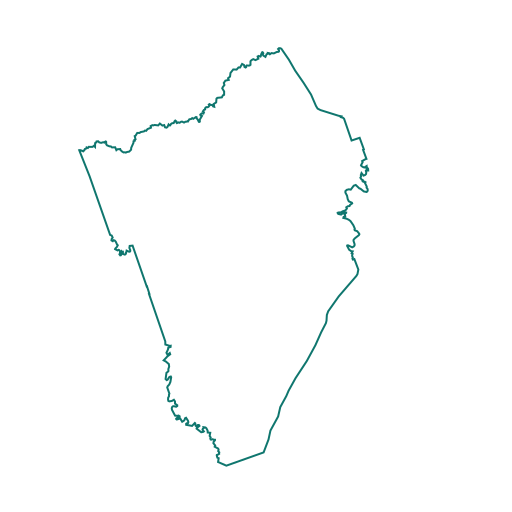 the district of Hume, Victoria, Australia, rotated 242°
{"feature_id": "25037944B10619545343998", "entity_name": "Hume", "entity_type": "district", "adm_level": 2, "iso_a3": "AUS", "parent_name": "Australia", "parent_adm1": "Victoria", "projection": "natural_earth1", "projection_center": [144.895, -37.597], "detail": "fine", "context": "isolated", "style": "outline", "palette": "teal", "viewbox_px": 512, "rotation_deg": 242, "n_neighbors": 0, "source": "geoboundaries", "source_scale": "gbopen_adm2", "svg_char_len": 6153}
<svg xmlns="http://www.w3.org/2000/svg" viewBox="0 0 512 512"><g transform="rotate(242 256 256)"><path d="M339.2,397.0L341.1,394.7L354.6,381.4L357.2,379.6L360.3,379.4L372.7,380.4L386.7,379.3L401.3,377.6L413.9,377.2L427.1,375.7L428.1,374.9L428.7,373.8L428.4,372.7L426.9,372.9L425.9,372.4L425.7,371.8L426.4,370.1L426.5,366.9L427.9,364.9L427.6,362.9L428.5,362.5L429.0,362.7L429.7,361.8L429.0,361.6L429.2,360.1L427.4,357.8L429.5,356.6L431.2,356.5L431.4,357.5L431.9,357.7L432.9,357.5L433.0,357.1L431.8,355.4L430.0,353.8L430.0,353.4L431.4,352.3L431.4,351.1L429.1,350.7L429.2,347.5L431.1,346.0L431.1,344.6L430.8,343.0L430.3,342.4L427.4,340.9L427.2,339.9L427.5,339.0L428.6,337.2L428.1,336.1L427.4,335.9L427.3,335.3L428.3,334.6L430.2,335.1L432.1,333.9L429.9,330.4L430.7,329.1L429.7,326.4L431.4,323.5L429.6,319.4L426.6,317.3L426.1,314.8L424.3,314.6L425.2,311.3L423.9,308.8L421.8,308.4L420.7,305.9L419.9,304.9L416.2,305.1L413.3,303.5L413.4,302.2L412.1,300.3L413.8,296.1L413.5,295.0L410.3,292.9L410.1,290.0L407.4,289.2L408.2,288.4L409.8,288.3L410.5,287.2L412.0,286.2L411.8,285.4L410.7,285.6L410.0,284.1L410.1,283.0L410.8,282.0L410.6,281.0L410.3,280.4L409.3,279.9L409.4,278.5L408.6,277.0L407.3,277.5L406.4,276.4L407.4,275.0L407.0,273.2L406.1,273.0L405.0,274.0L402.7,270.2L401.3,269.7L400.9,269.1L401.3,268.5L404.1,268.6L405.3,268.2L406.5,268.7L406.9,268.3L406.6,265.0L407.7,264.4L407.4,263.1L408.0,261.3L406.8,259.2L407.2,259.0L407.1,258.0L407.7,256.7L407.6,255.1L409.4,253.8L409.7,252.9L409.5,251.1L410.3,250.4L410.5,248.5L411.4,248.4L412.1,248.9L413.5,248.3L413.3,247.5L412.0,245.7L412.6,244.3L412.5,243.0L411.6,241.5L411.9,241.0L413.2,240.6L411.6,238.6L411.3,237.3L412.3,236.1L414.7,236.4L415.1,234.6L418.1,233.3L417.2,231.0L419.3,228.0L419.6,226.4L420.2,225.9L420.2,224.0L418.6,223.5L419.0,219.8L418.1,217.8L418.9,216.9L418.6,215.6L419.6,212.2L419.3,211.0L420.4,208.9L418.8,206.2L418.8,205.2L415.6,204.4L415.6,203.2L414.7,203.1L414.8,201.7L413.5,201.0L410.1,196.6L408.5,195.6L407.7,193.0L408.4,190.9L408.4,189.6L409.1,189.0L409.6,187.7L411.1,186.8L413.3,186.1L414.2,186.3L415.3,183.8L415.0,182.4L418.1,182.7L419.5,179.8L420.9,179.3L421.6,178.1L423.7,176.4L424.9,176.2L427.2,177.3L427.7,177.1L427.7,175.6L427.4,175.3L428.2,174.5L428.6,172.4L429.9,170.9L431.4,170.5L432.0,169.0L431.2,168.3L431.4,167.3L431.1,166.9L427.9,165.1L429.4,164.6L429.1,162.9L430.9,159.6L430.3,158.3L431.4,157.4L430.6,156.7L430.8,155.1L429.8,153.9L430.0,153.1L429.6,152.5L431.2,151.3L431.1,150.0L432.2,150.2L432.4,149.6L404.5,146.5L343.1,137.1L341.8,138.2L339.6,138.1L338.8,136.6L337.6,135.7L336.3,136.5L336.8,137.7L336.0,138.5L334.5,138.9L331.4,138.7L330.4,139.0L329.3,137.4L328.6,135.2L328.2,134.8L325.9,136.4L326.0,137.5L325.4,138.0L323.8,138.1L322.3,137.2L321.6,136.2L320.3,136.4L320.1,137.0L320.7,138.1L323.3,138.8L323.5,139.4L322.9,139.4L322.3,140.5L320.3,139.5L318.8,140.8L318.8,141.6L319.3,142.4L320.0,142.6L320.3,143.3L321.5,144.3L319.3,146.0L319.1,146.8L319.3,147.2L320.1,147.7L322.6,148.0L324.2,149.2L323.1,151.9L280.4,145.2L280.4,145.5L272.6,144.1L272.7,143.7L223.2,135.8L220.4,134.4L217.0,137.8L216.8,138.5L215.8,137.9L216.2,135.5L214.7,134.3L212.6,131.5L210.2,131.5L210.8,134.3L209.5,134.1L209.0,130.8L207.2,125.5L205.1,126.9L201.5,128.3L199.1,127.4L197.3,125.5L195.6,124.7L195.3,124.3L194.9,122.1L189.8,118.4L188.3,118.9L188.3,119.9L189.8,122.6L189.8,123.4L189.6,124.2L188.8,124.2L185.0,121.3L183.2,119.0L182.5,116.9L181.6,115.9L175.1,114.9L174.5,114.1L173.0,113.3L172.1,111.9L170.4,110.9L169.1,110.6L168.3,111.3L167.5,113.7L167.6,116.0L165.6,116.2L163.7,115.2L161.2,116.4L160.5,116.0L160.4,114.7L162.0,112.9L162.3,112.1L162.0,111.0L161.1,110.1L159.6,109.6L153.0,109.6L151.7,111.7L151.5,112.7L150.3,113.3L149.8,112.7L150.1,110.1L149.8,109.1L149.4,109.0L148.8,109.3L148.1,112.8L144.3,113.0L144.4,114.9L145.0,116.2L146.0,117.1L146.0,118.3L142.5,118.6L141.1,118.3L140.4,117.5L140.8,116.2L140.6,115.5L139.7,115.1L136.0,119.8L137.3,123.6L136.8,123.8L134.6,123.0L134.0,123.2L133.8,123.6L134.1,125.3L133.6,126.2L132.9,126.4L132.5,126.3L132.0,123.0L131.5,122.5L126.1,124.9L125.5,126.8L125.6,127.6L127.7,127.2L128.5,128.0L128.6,129.1L129.5,129.3L128.3,130.9L127.2,131.3L124.6,131.3L122.8,130.5L121.4,132.6L118.9,130.6L117.1,130.8L116.4,130.0L115.3,129.8L114.9,130.1L114.6,131.7L113.6,132.5L113.0,133.5L112.5,133.2L111.9,131.4L110.7,130.5L107.8,131.0L107.0,130.0L103.7,132.2L102.4,132.0L101.5,131.0L99.9,131.4L99.5,130.9L98.6,130.6L98.5,129.4L98.7,128.0L98.3,127.7L96.1,127.2L95.0,128.1L91.9,125.8L84.8,131.4L79.0,170.5L88.1,180.9L95.1,186.8L103.9,200.2L111.2,206.5L118.1,217.0L121.8,221.6L129.6,233.6L139.4,251.5L149.3,266.5L158.1,277.8L163.9,286.2L165.8,287.9L170.7,290.9L173.3,293.8L181.5,310.1L191.3,335.3L192.4,337.1L196.0,340.0L207.1,341.4L207.3,339.9L208.4,339.9L209.4,340.9L210.5,340.8L211.5,341.2L212.5,342.3L213.5,341.7L214.7,343.5L215.6,342.3L217.8,341.2L222.2,341.2L222.5,341.6L222.2,342.3L218.5,345.0L218.5,346.8L219.0,347.9L220.1,348.6L223.6,349.2L224.5,349.8L225.2,351.6L226.1,356.6L226.7,357.5L227.3,357.6L230.4,357.0L232.3,355.3L233.0,355.3L233.8,356.1L237.5,356.4L242.6,355.8L244.5,354.9L246.5,353.4L248.6,351.0L249.4,351.8L249.1,353.4L250.6,353.9L251.6,353.7L252.1,354.2L251.7,354.8L251.7,355.8L252.0,356.0L253.2,353.8L252.6,350.6L254.5,348.4L255.7,348.3L255.8,349.0L254.6,351.7L254.8,353.3L254.3,356.4L255.2,358.5L256.6,358.6L256.8,360.4L256.2,362.0L257.0,363.1L257.3,365.6L258.0,365.7L260.7,363.6L263.2,363.7L266.5,364.7L270.0,364.7L271.3,365.4L271.8,367.2L271.3,369.3L270.1,370.8L272.2,375.3L271.9,377.4L267.1,379.0L266.4,379.8L262.4,381.5L260.6,383.7L260.8,384.7L261.7,385.6L263.0,386.0L264.4,385.7L265.4,386.4L269.4,386.5L269.8,387.3L270.7,386.8L271.1,385.7L271.9,385.2L272.5,385.4L272.3,385.9L272.7,386.0L274.1,385.1L276.1,384.9L277.0,386.2L278.2,386.5L279.7,388.1L276.5,388.7L276.3,390.4L276.7,391.6L278.0,392.6L279.7,393.0L280.3,394.4L279.2,394.3L278.8,395.2L280.4,395.9L282.6,395.5L283.5,395.9L283.4,394.6L282.5,394.3L283.9,392.5L285.8,391.4L286.8,391.3L288.8,394.2L290.0,394.3L290.1,397.9L289.9,399.1L299.5,400.4L299.5,401.3L311.7,403.0L313.1,394.6L335.8,398.2L337.1,397.8L338.7,396.2L339.2,397.0Z" fill="none" stroke="#0f766e" stroke-width="2"/></g></svg>